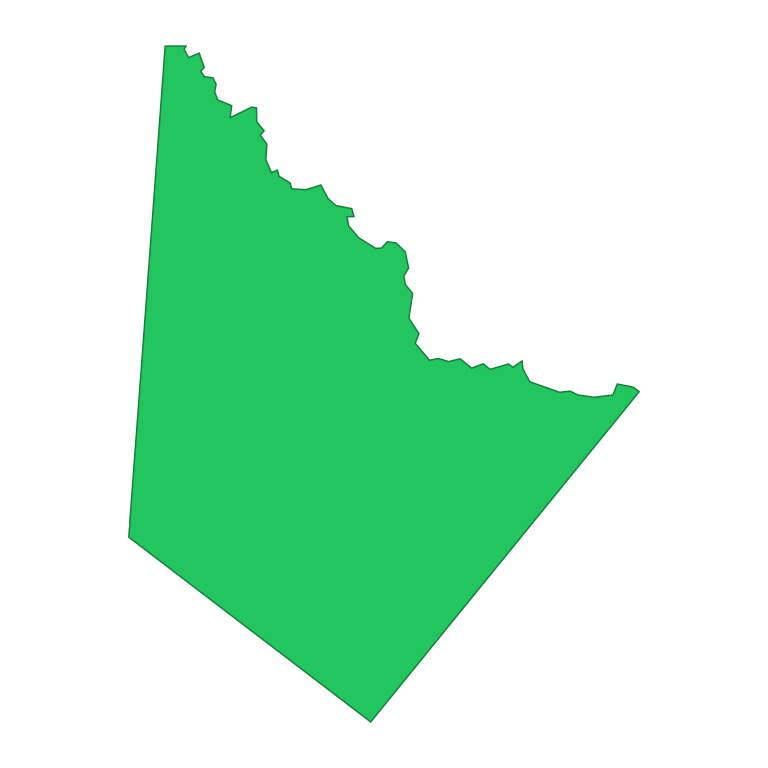 Reeves, Texas, United States of America
{"feature_id": "52423323B15445354954685", "entity_name": "Reeves", "entity_type": "district", "adm_level": 2, "iso_a3": "USA", "parent_name": "United States of America", "parent_adm1": "Texas", "projection": "mercator", "projection_center": [-103.627, 31.383], "detail": "fine", "context": "isolated", "style": "filled", "palette": "green", "viewbox_px": 768, "rotation_deg": 0, "n_neighbors": 0, "source": "geoboundaries", "source_scale": "gbopen_adm2", "svg_char_len": 1008}
<svg xmlns="http://www.w3.org/2000/svg" viewBox="0 0 768 768"><path d="M370.7,721.9L639.2,391.7L633.2,387.2L617.3,384.0L612.9,395.0L594.2,397.3L577.7,394.9L570.2,391.1L559.6,392.3L529.8,381.8L523.0,369.1L522.0,360.9L513.1,367.3L508.6,364.0L490.0,369.4L483.2,363.8L471.7,368.2L460.2,358.8L448.6,361.6L438.3,358.5L429.5,360.3L415.2,343.2L418.9,333.7L408.9,318.1L412.6,293.5L405.2,284.4L403.9,275.8L408.6,268.1L405.2,251.8L396.1,243.0L387.4,241.7L381.4,248.2L375.5,248.3L358.7,237.8L348.6,225.8L347.1,216.7L354.0,216.6L351.7,208.6L335.9,205.6L328.2,198.8L320.9,185.0L305.8,189.7L291.6,188.8L290.2,183.1L279.0,176.2L277.4,170.1L271.5,172.7L265.8,159.5L266.9,144.3L260.3,135.1L264.1,130.8L256.8,121.9L256.5,107.9L251.7,107.1L230.2,117.6L231.7,105.7L217.7,99.9L214.7,91.9L216.1,84.3L213.0,77.8L204.3,76.7L200.7,71.2L204.2,67.5L199.2,53.1L188.6,57.6L184.2,49.4L185.9,46.1L165.2,46.1L140.5,379.2L129.8,521.8L129.8,526.3L129.3,529.1L128.8,537.2L370.7,721.9Z" fill="#22c55e" stroke="#15803d" stroke-width="1.5"/></svg>